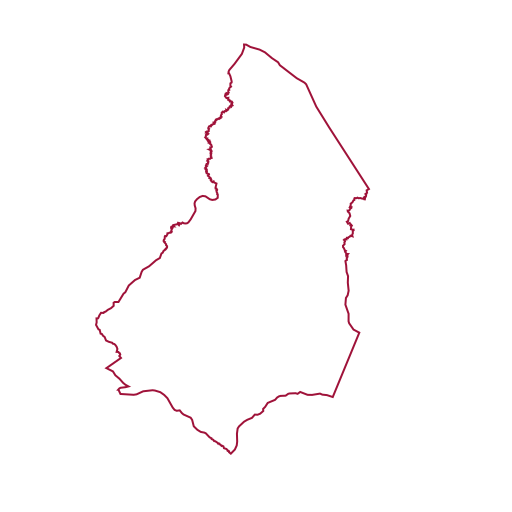 Koun Mom, Rôtânôkiri, Cambodia, rotated 202°
{"feature_id": "14789045B34257820589195", "entity_name": "Koun Mom", "entity_type": "district", "adm_level": 2, "iso_a3": "KHM", "parent_name": "Cambodia", "parent_adm1": "Rôtânôkiri", "projection": "albers", "projection_center": [106.798, 13.499], "detail": "fine", "context": "isolated", "style": "outline", "palette": "rose", "viewbox_px": 512, "rotation_deg": 202, "n_neighbors": 0, "source": "geoboundaries", "source_scale": "gbopen_adm2", "svg_char_len": 6103}
<svg xmlns="http://www.w3.org/2000/svg" viewBox="0 0 512 512"><g transform="rotate(202 256 256)"><path d="M346.3,447.6L345.0,444.8L344.8,438.1L347.9,426.0L350.4,418.6L350.5,416.9L350.0,415.0L349.3,415.2L347.1,413.1L344.0,408.8L343.6,407.7L344.4,406.5L343.6,404.4L342.6,403.7L343.5,402.3L343.6,400.8L343.0,400.0L343.8,399.3L343.1,397.6L342.5,397.2L343.0,396.0L344.5,396.0L344.5,395.5L343.1,395.1L344.0,394.2L344.9,394.4L344.7,392.6L342.6,391.4L341.1,392.2L341.1,391.3L340.2,391.1L340.2,390.4L338.5,390.5L338.3,390.3L338.7,390.0L338.1,389.4L336.5,390.2L336.1,390.0L335.9,388.4L335.3,388.8L335.2,387.5L334.2,386.8L334.9,386.1L334.9,385.3L335.9,385.7L336.5,384.7L336.0,383.7L337.2,382.5L336.6,381.4L337.2,380.4L338.3,380.4L337.7,379.6L338.0,379.0L339.3,378.6L339.5,377.2L340.8,377.5L341.5,376.1L340.8,374.7L341.1,374.3L341.1,372.8L340.2,372.2L340.8,371.7L341.2,370.8L340.6,370.6L341.6,369.2L342.4,369.4L343.6,367.3L344.0,367.8L344.3,367.5L344.5,365.4L344.0,365.0L344.6,364.0L345.4,363.8L345.2,363.2L344.8,363.1L344.0,363.8L343.9,363.0L344.9,362.5L345.8,361.1L346.5,361.0L346.9,360.0L346.3,359.7L346.4,359.2L347.3,359.3L348.1,358.6L348.2,356.7L347.1,356.3L347.3,355.2L346.6,354.3L347.8,352.9L348.4,352.9L348.6,352.6L348.1,352.5L348.4,351.7L347.3,351.9L347.4,351.4L346.1,351.3L346.5,350.4L347.1,350.5L347.8,349.5L347.1,347.6L347.5,347.0L345.7,346.0L345.2,346.5L345.0,345.9L343.9,345.9L344.1,344.9L343.6,344.6L342.4,344.5L342.0,345.2L341.4,344.4L342.5,343.6L342.4,343.3L341.8,343.5L341.3,343.1L340.8,343.7L340.4,342.8L339.6,342.3L339.2,342.4L337.8,340.7L338.1,339.9L339.0,339.5L338.6,339.0L338.7,338.5L338.1,338.0L339.3,337.2L337.0,337.0L337.2,336.1L336.8,335.4L336.4,335.5L336.7,334.5L335.9,334.1L336.2,333.5L335.4,332.8L335.6,332.0L334.9,330.9L334.4,331.0L333.9,330.3L334.7,329.8L334.9,329.0L336.2,328.5L336.2,328.0L337.1,327.6L336.6,326.7L336.8,326.0L335.6,325.9L335.2,324.5L335.5,324.3L335.2,323.3L336.3,322.8L336.3,321.0L335.1,321.0L336.1,318.6L335.4,318.5L335.3,317.6L334.4,317.6L334.3,317.9L334.0,317.7L333.5,316.5L334.1,315.9L333.6,315.2L333.0,315.4L332.7,314.2L330.3,314.3L330.1,314.0L330.5,313.6L330.7,312.4L328.0,311.5L328.1,310.9L327.2,311.2L326.3,310.3L326.7,310.1L326.6,309.5L325.6,309.2L325.3,308.5L323.9,308.2L323.2,309.3L322.4,308.5L319.8,308.4L319.1,304.0L318.7,303.4L317.9,303.7L316.8,302.8L316.8,301.7L317.1,301.6L316.2,300.3L315.3,299.7L315.2,298.8L314.4,298.5L313.3,295.6L314.8,293.2L317.5,291.6L320.1,291.3L325.2,292.4L328.0,291.7L330.3,289.6L332.0,286.6L332.9,283.8L332.7,281.8L331.8,280.0L329.9,277.6L329.0,275.0L330.3,265.5L331.3,261.8L332.2,260.5L333.4,259.8L335.1,259.3L336.7,259.5L337.5,257.8L338.7,257.9L338.9,255.7L339.6,256.0L340.3,257.6L340.7,257.6L340.7,256.3L341.0,255.9L344.4,253.6L344.5,253.2L343.2,252.7L344.0,252.4L343.9,251.4L345.1,251.5L345.5,251.3L345.5,250.8L345.0,249.9L344.1,250.1L344.0,247.7L343.2,247.0L343.3,246.5L343.9,246.4L343.9,245.6L344.9,245.3L345.9,244.1L346.6,243.9L346.3,242.4L346.6,240.7L347.8,240.5L347.9,240.0L347.1,237.7L347.5,236.4L347.3,235.3L345.9,234.9L346.1,234.4L343.7,233.2L343.4,232.3L342.1,231.8L341.7,230.7L342.5,228.7L342.1,228.8L342.3,228.1L343.7,225.9L343.7,224.2L344.6,222.9L344.4,218.1L347.1,214.6L351.3,206.4L355.7,200.9L356.1,198.5L355.7,192.3L359.2,188.4L362.9,181.0L363.6,173.4L364.7,171.5L366.3,161.8L369.8,160.4L370.5,159.3L369.3,156.5L370.9,153.3L373.2,150.6L374.7,147.9L375.7,147.3L376.0,146.1L378.4,145.3L379.0,142.2L379.0,139.5L379.2,138.9L380.5,138.4L378.9,134.8L378.5,132.2L374.6,129.0L373.3,129.0L371.0,125.8L369.5,125.9L368.1,124.8L366.0,124.2L363.4,121.5L360.3,121.3L356.8,121.7L356.0,121.1L354.4,121.3L353.2,120.9L351.3,119.7L349.7,117.9L349.3,114.9L347.6,115.5L346.9,114.9L345.8,114.8L344.9,113.7L345.3,112.1L343.0,110.9L352.7,96.0L345.4,95.4L341.7,92.7L336.5,91.0L331.7,88.6L328.8,87.7L325.4,87.3L328.0,85.4L332.2,83.1L333.1,82.0L333.7,80.3L333.3,80.4L330.0,77.3L317.4,81.5L314.9,83.0L309.9,88.3L301.6,92.8L299.3,93.4L293.7,93.9L289.1,92.8L284.9,91.0L276.5,84.3L273.8,82.8L271.5,82.8L268.9,84.3L265.9,82.6L263.8,81.9L256.0,81.6L253.8,80.1L249.9,74.8L245.3,72.9L241.3,72.2L237.7,72.9L236.1,72.8L231.1,70.5L228.9,70.3L228.5,69.6L226.7,69.6L225.5,68.7L224.4,69.0L221.2,68.3L221.0,67.9L219.8,68.3L219.4,67.7L218.4,67.8L216.8,67.0L216.5,67.4L214.9,67.3L213.7,65.8L211.2,66.0L210.0,65.5L209.3,64.7L208.5,65.1L207.7,64.8L207.5,64.0L205.3,63.3L203.1,68.6L202.9,73.1L203.9,76.8L207.1,84.1L208.4,89.2L207.9,91.7L205.0,97.9L202.7,100.9L199.1,104.4L197.7,108.5L195.1,109.4L193.1,111.3L191.2,115.0L192.1,116.9L191.0,119.5L190.1,124.2L184.4,129.8L183.4,132.7L182.1,134.5L180.8,135.5L176.2,137.6L174.5,140.3L173.4,141.1L167.9,143.6L165.8,143.8L164.1,146.5L156.2,146.6L152.0,148.2L145.1,152.4L142.6,152.3L138.1,153.6L132.0,154.0L131.5,223.6L138.0,224.3L144.4,228.5L145.7,230.1L148.5,237.1L154.9,244.4L156.9,250.8L156.3,253.9L157.1,258.5L160.9,265.7L163.1,271.8L166.0,275.1L168.9,281.1L171.1,284.6L171.2,285.1L170.2,286.4L171.2,288.2L170.8,288.8L171.0,290.1L171.2,290.4L172.4,289.9L172.8,290.8L171.8,291.5L171.5,292.3L172.9,291.9L175.0,293.3L174.6,294.4L175.9,294.6L177.5,296.3L178.5,296.7L179.2,298.1L178.3,300.2L179.2,301.8L178.9,302.8L179.5,303.6L180.5,303.9L180.3,304.4L179.5,305.1L178.3,305.3L178.6,306.8L177.4,307.0L177.4,307.9L176.3,309.0L176.0,310.2L173.9,310.4L174.8,311.5L174.7,313.3L175.7,315.5L175.1,316.4L175.4,316.9L176.1,316.3L176.5,316.6L178.0,316.4L178.7,318.5L178.6,320.0L179.9,319.8L179.8,320.8L180.7,321.0L181.5,321.7L182.7,320.4L184.6,321.8L183.7,322.9L184.1,325.4L183.6,328.4L185.3,330.7L187.5,331.6L188.0,332.4L187.2,332.6L186.5,333.6L186.4,335.0L185.6,336.3L185.8,337.1L187.3,336.5L187.2,338.6L187.8,340.0L186.7,341.9L186.5,344.0L185.8,344.8L186.4,346.3L186.2,346.7L184.4,347.3L183.8,348.1L182.4,348.0L181.1,348.8L178.9,349.0L177.8,349.5L177.0,349.1L176.3,349.3L176.5,350.1L177.3,350.1L177.8,350.6L177.6,351.5L176.5,351.9L176.4,352.5L176.8,354.2L177.7,354.5L176.7,356.2L178.0,358.3L176.4,360.4L236.3,402.6L256.1,417.1L273.8,434.0L276.0,434.9L284.8,436.1L305.3,441.8L308.1,443.9L315.3,445.4L324.0,448.2L330.0,448.7L339.5,447.7L344.3,448.3L346.3,447.6Z" fill="none" stroke="#9f1239" stroke-width="2"/></g></svg>